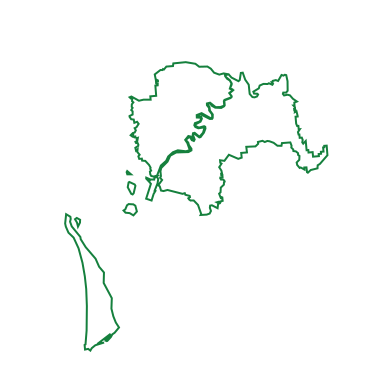 Brisbane, Queensland, Australia (Mercator projection), rotated 166°
{"feature_id": "25037944B26487143019559", "entity_name": "Brisbane", "entity_type": "district", "adm_level": 2, "iso_a3": "AUS", "parent_name": "Australia", "parent_adm1": "Queensland", "projection": "mercator", "projection_center": [153.061, -27.341], "detail": "fine", "context": "isolated", "style": "outline", "palette": "green", "viewbox_px": 384, "rotation_deg": 166, "n_neighbors": 0, "source": "geoboundaries", "source_scale": "gbopen_adm2", "svg_char_len": 6028}
<svg xmlns="http://www.w3.org/2000/svg" viewBox="0 0 384 384"><g transform="rotate(166 192 192)"><path d="M189.2,167.6L183.2,166.5L180.1,166.8L178.2,169.0L178.5,172.3L177.7,174.4L175.9,174.3L171.1,170.1L169.7,173.7L168.5,174.3L170.4,176.0L168.0,176.1L167.2,174.8L166.2,176.0L164.4,176.0L163.9,179.4L165.0,180.2L164.8,178.5L165.5,179.1L166.1,183.8L164.4,184.8L163.0,189.3L159.3,191.4L158.6,193.8L157.8,194.1L157.9,195.3L159.0,196.7L160.8,197.0L161.3,198.5L161.0,199.2L158.8,198.9L158.4,201.1L159.5,201.3L159.3,202.7L158.4,202.6L158.3,205.6L159.6,209.5L156.5,212.4L157.5,213.5L157.1,216.0L153.0,214.4L147.2,219.2L139.1,213.0L135.5,213.3L134.8,218.0L129.1,217.1L128.4,222.7L119.4,220.9L116.1,222.8L115.9,224.6L111.2,224.6L109.3,222.9L106.6,223.3L104.6,222.5L100.9,220.0L97.9,216.2L94.0,215.2L92.9,217.7L84.6,216.3L84.2,212.8L84.9,211.1L83.5,208.8L83.7,207.2L81.4,206.3L79.7,204.0L80.1,202.4L79.0,201.0L80.1,197.3L83.3,195.3L83.4,192.8L81.7,189.3L80.6,189.5L77.5,186.6L77.1,188.6L75.0,188.2L75.6,183.4L74.9,182.7L71.5,184.6L64.5,184.6L63.6,187.5L61.1,188.3L51.7,194.9L50.1,204.4L52.5,204.8L52.8,203.4L54.0,203.5L54.6,199.4L57.2,199.8L57.5,197.9L59.9,198.2L60.2,196.1L66.0,197.0L65.3,201.5L69.4,202.1L69.0,204.6L70.7,204.8L69.3,214.0L72.4,212.0L73.0,213.5L72.0,215.7L72.3,218.2L74.4,218.5L73.9,221.8L74.7,222.0L74.7,224.5L72.2,226.8L73.3,226.9L72.8,230.4L74.0,230.6L74.4,233.1L73.3,240.0L71.2,239.7L71.1,240.4L71.1,245.0L72.8,244.6L72.0,246.4L73.0,246.5L72.8,248.0L71.9,247.9L71.6,249.3L72.7,251.4L71.6,251.2L71.1,254.0L68.3,254.4L71.5,258.0L73.6,262.1L75.8,263.3L79.3,263.4L80.1,265.2L79.4,266.4L76.6,265.7L74.7,267.1L72.5,276.4L72.3,282.6L73.6,283.3L75.1,282.8L76.8,283.9L81.6,278.9L83.6,280.3L86.8,280.3L87.2,279.2L88.1,279.3L87.2,277.4L88.1,276.6L91.1,278.9L92.5,278.5L96.6,279.6L100.6,278.9L102.1,276.4L108.2,274.5L108.0,272.5L104.8,271.5L104.3,270.6L105.8,269.0L108.4,268.7L110.4,269.5L112.3,273.2L111.0,282.4L113.2,288.1L113.9,295.5L115.8,295.7L118.6,289.1L120.1,288.3L126.0,293.5L128.0,297.3L131.6,297.3L131.2,295.2L128.3,291.4L127.2,287.8L127.6,286.5L130.1,283.3L127.9,281.8L127.4,280.8L131.8,278.7L130.4,275.7L130.4,274.9L130.9,274.3L132.1,273.8L138.5,273.0L139.3,268.2L140.1,267.4L143.3,266.5L149.1,268.2L151.8,270.8L153.2,273.8L155.8,273.5L154.5,270.4L154.9,266.7L153.1,262.2L154.0,258.9L154.8,258.1L157.1,258.6L164.6,265.1L168.6,264.5L168.5,263.3L164.9,262.6L164.7,260.7L166.7,258.2L172.6,256.7L172.3,254.9L169.7,252.8L164.3,252.9L163.4,252.1L163.6,250.3L166.1,246.7L170.4,243.2L171.7,243.2L175.5,247.9L176.3,247.9L177.2,246.7L176.7,242.3L177.8,241.1L179.6,242.3L180.9,246.2L184.4,244.7L185.1,243.2L183.7,240.9L183.6,238.1L182.1,234.1L182.5,232.5L185.8,231.6L197.8,234.2L204.3,232.5L208.4,227.4L216.0,222.8L217.6,219.8L218.3,214.9L219.5,213.5L218.1,210.9L223.1,206.7L221.9,205.3L221.7,200.9L219.4,199.8L215.3,199.9L201.6,192.5L199.3,192.6L199.1,190.9L195.2,188.8L195.2,187.5L197.1,186.8L196.6,185.4L195.5,184.1L192.4,183.4L189.3,178.0L188.4,168.5L189.2,167.6ZM236.3,245.7L234.5,246.6L235.4,244.1L233.8,240.8L235.4,239.6L235.2,236.9L232.6,236.5L232.8,234.5L229.8,233.5L227.1,228.6L226.3,225.6L226.9,224.6L226.5,222.6L227.9,222.0L228.2,219.1L227.7,217.4L225.1,216.1L224.9,215.2L225.7,213.2L229.3,214.2L230.4,213.1L230.5,213.1L231.0,213.3L231.4,213.0L229.9,209.9L238.1,196.6L233.3,193.5L229.7,199.4L227.3,201.8L228.0,202.2L223.3,208.8L221.7,212.6L222.2,215.3L224.4,214.9L224.4,216.3L221.1,216.4L221.5,217.0L215.8,225.2L209.5,228.5L206.5,232.2L200.9,235.2L195.7,235.9L188.1,233.0L184.0,233.1L184.7,240.6L186.0,244.2L182.0,247.2L179.8,246.1L178.1,241.9L177.6,242.6L177.7,246.7L176.8,248.8L175.1,248.8L171.4,243.8L167.0,246.8L164.1,251.7L170.5,252.3L173.0,254.2L173.6,256.2L172.5,258.1L167.5,258.6L166.0,259.9L165.3,261.9L169.3,263.1L168.8,265.5L163.6,266.2L155.5,258.6L154.1,260.2L153.8,262.6L155.6,266.9L155.1,269.5L156.5,272.6L156.1,274.3L152.9,274.3L148.5,268.6L144.0,267.6L139.8,268.0L139.1,272.5L138.2,273.5L130.9,274.4L130.6,275.5L131.9,279.0L127.7,281.0L130.3,283.1L127.5,287.6L128.3,291.0L130.5,293.3L131.8,296.3L131.7,297.5L129.7,298.1L132.6,299.4L137.1,299.3L141.7,302.4L143.9,307.1L146.7,310.0L154.7,311.8L157.7,315.6L166.7,319.5L179.0,321.3L180.0,318.8L186.5,319.9L189.7,317.6L190.4,318.3L191.3,317.5L193.1,318.0L199.7,315.1L200.0,309.1L199.4,309.7L198.1,308.5L198.3,307.5L200.2,307.9L200.5,306.1L199.1,305.3L199.5,303.8L201.8,304.1L203.5,294.0L209.3,294.9L209.8,291.6L216.7,293.3L221.4,293.4L227.7,299.3L229.6,299.0L228.7,297.5L227.3,297.2L228.2,294.6L227.2,293.2L229.2,291.6L229.9,289.2L229.3,288.0L231.1,286.2L230.1,284.6L230.9,281.5L234.2,280.9L234.4,280.1L233.4,277.3L231.0,276.4L231.2,273.1L228.3,273.4L227.3,271.0L230.2,268.3L232.2,267.8L231.6,265.4L233.2,263.6L235.0,263.5L235.1,262.4L236.2,262.9L237.8,261.9L236.5,260.3L235.4,260.8L235.4,259.7L233.9,259.6L234.3,258.8L232.3,257.9L232.8,256.6L231.7,257.1L233.0,254.2L234.7,254.2L234.4,253.0L232.9,252.6L232.6,250.8L233.1,249.7L236.3,248.6L236.3,245.7ZM295.5,108.4L299.7,125.1L296.9,135.2L300.2,141.9L301.7,150.6L308.5,164.2L311.4,173.1L311.2,175.4L317.0,187.7L317.5,192.7L316.2,195.2L316.0,197.4L319.5,200.9L322.7,192.1L322.8,188.9L321.7,182.4L317.9,176.4L315.7,164.8L315.4,149.8L316.4,136.1L318.1,123.5L321.6,106.8L327.8,83.0L332.2,69.9L333.2,69.6L333.9,65.0L330.7,64.9L329.0,62.7L327.1,64.7L322.9,66.7L313.7,67.2L315.6,67.1L316.4,68.1L318.0,67.2L319.5,67.9L320.7,67.4L305.3,74.1L311.9,70.0L311.9,68.8L310.7,69.1L305.0,73.0L308.8,69.1L311.5,68.0L310.2,68.0L305.8,70.9L303.7,73.2L301.2,74.1L295.6,78.2L297.5,83.8L298.4,90.4L298.4,98.3L295.5,108.4ZM250.2,186.4L250.3,192.4L251.9,194.2L256.4,195.6L258.3,194.8L260.9,191.3L262.9,190.6L261.5,188.0L257.6,186.6L254.5,183.5L250.2,186.4ZM245.4,211.7L245.8,213.2L250.4,216.9L251.2,216.6L253.2,212.2L251.4,204.9L250.2,204.0L248.9,204.9L245.4,211.7ZM307.3,192.1L310.1,194.7L312.1,193.9L311.0,190.2L311.0,186.0L308.1,189.4L307.3,192.1ZM250.5,224.8L246.9,223.9L249.8,228.0L250.6,227.1L250.5,224.8ZM233.2,216.1L231.5,213.0L229.5,214.3L232.9,217.0L233.2,216.1Z" fill="none" stroke="#15803d" stroke-width="2"/></g></svg>